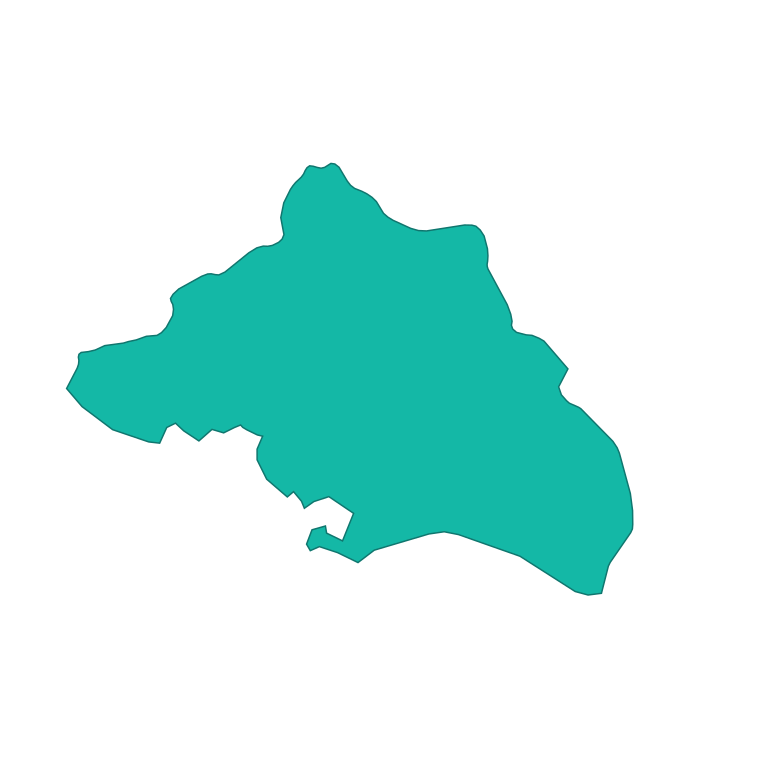 map outline of Limassol (Robinson projection), rotated 26°
{"feature_id": "CYP-3489", "entity_name": "Limassol", "entity_type": "District", "adm_level": 1, "iso_a3": "CYP", "parent_name": "Cyprus", "parent_adm1": "", "projection": "robinson", "projection_center": [32.895, 34.793], "detail": "fine", "context": "isolated", "style": "filled", "palette": "teal", "viewbox_px": 768, "rotation_deg": 26, "n_neighbors": 0, "source": "natural_earth", "source_scale": "10m", "svg_char_len": 2002}
<svg xmlns="http://www.w3.org/2000/svg" viewBox="0 0 768 768"><g transform="rotate(26 384 384)"><path d="M280.8,485.3L276.1,484.9L273.1,483.7L268.7,488.6L264.4,494.2L261.3,498.2L249.3,500.2L242.6,516.3L224.5,513.9L213.8,510.6L207.8,518.3L208.3,535.5L197.9,539.2L160.1,544.0L122.5,536.7L100.7,527.2L101.3,504.3L100.8,500.2L99.5,496.7L97.5,493.8L96.8,491.0L98.0,488.4L104.1,484.5L109.5,480.1L116.2,471.9L131.8,461.5L135.7,457.9L142.0,453.0L149.5,445.3L158.7,439.8L161.5,435.4L163.5,428.7L164.1,415.2L162.1,409.2L159.3,405.1L156.5,403.0L154.6,400.7L155.1,395.8L157.9,388.5L172.9,367.1L177.3,362.4L180.4,360.7L184.3,359.7L187.7,358.4L192.0,353.1L205.0,325.3L210.0,317.4L215.0,313.0L219.1,311.2L222.9,308.4L227.2,302.9L228.9,298.5L228.6,293.6L218.3,279.7L214.5,265.1L214.6,250.1L215.2,245.9L216.2,241.7L219.0,234.3L219.7,230.4L219.6,226.7L220.0,223.3L221.5,220.5L225.0,219.3L229.1,218.6L232.9,217.6L235.7,215.3L239.6,209.0L243.4,207.8L248.6,208.9L262.0,217.7L266.9,220.1L271.9,221.1L279.6,220.5L285.4,220.6L291.5,221.5L297.2,223.4L308.7,230.8L314.2,232.3L320.4,232.9L339.8,232.4L347.7,231.0L355.1,227.8L386.7,205.8L393.4,202.7L397.4,201.9L402.9,203.4L409.1,207.1L417.7,217.1L421.2,223.2L423.3,228.2L424.2,231.2L425.2,233.0L427.0,235.0L460.0,258.7L467.3,265.7L471.6,271.5L472.8,275.4L475.6,278.2L480.5,279.5L490.3,277.5L495.7,275.4L503.4,274.9L509.0,275.3L542.7,289.8L542.2,310.0L548.2,316.0L555.4,319.0L559.0,320.0L569.1,319.6L571.7,319.9L614.9,335.2L621.5,339.1L625.9,343.0L653.4,374.4L662.9,388.8L669.1,401.1L670.8,405.4L670.9,409.5L665.5,445.2L665.5,449.4L670.7,474.5L671.2,476.8L659.9,484.2L646.8,486.7L581.7,479.2L516.9,486.7L502.9,490.4L490.1,499.1L448.1,537.6L438.9,555.9L416.3,555.9L397.2,558.5L390.8,566.1L384.6,561.9L383.2,546.6L393.6,537.3L397.8,543.2L415.5,543.2L413.4,513.6L383.8,509.4L372.5,520.4L366.9,530.6L361.2,525.5L349.9,520.4L346.6,527.9L320.3,521.0L303.2,507.8L298.5,498.2L297.8,484.1L292.5,485.3L285.4,485.3L280.8,485.3Z" fill="#14b8a6" stroke="#0f766e" stroke-width="1.5"/></g></svg>